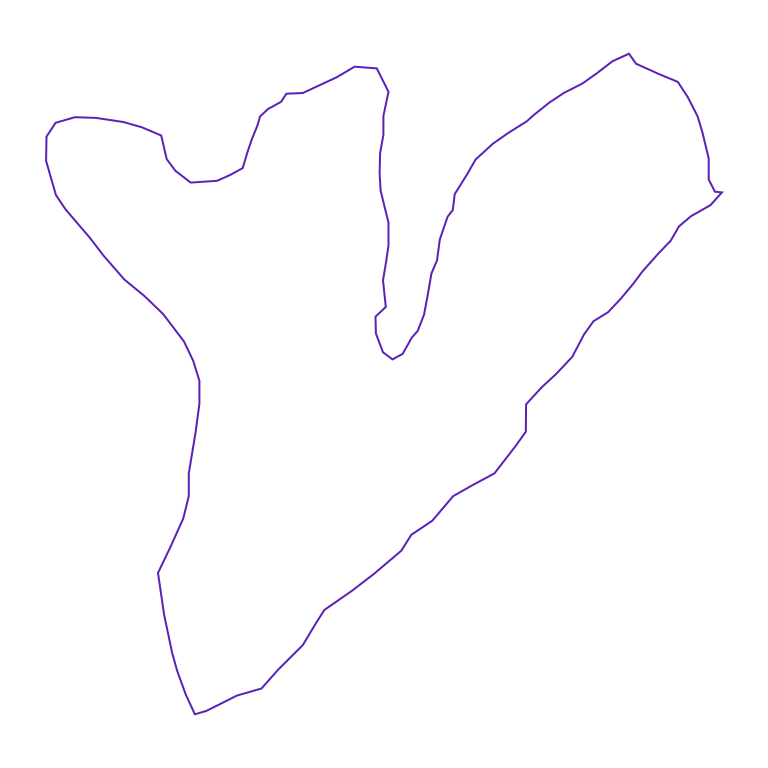 the district of Zangilan District, Zəngilan, Azerbaijan
{"feature_id": "54616110B64107713492867", "entity_name": "Zangilan District", "entity_type": "district", "adm_level": 2, "iso_a3": "AZE", "parent_name": "Azerbaijan", "parent_adm1": "Zəngilan", "projection": "robinson", "projection_center": [46.661, 39.06], "detail": "fine", "context": "isolated", "style": "outline", "palette": "violet", "viewbox_px": 768, "rotation_deg": 0, "n_neighbors": 0, "source": "geoboundaries", "source_scale": "gbopen_adm2", "svg_char_len": 1639}
<svg xmlns="http://www.w3.org/2000/svg" viewBox="0 0 768 768"><path d="M629.0,53.7L612.7,61.1L596.1,73.8L582.4,83.5L563.9,92.9L549.3,102.6L533.9,114.9L526.8,121.3L508.3,132.9L492.9,143.7L475.6,159.5L467.3,174.0L454.7,194.2L452.8,210.0L447.6,216.7L439.8,239.5L437.0,260.5L431.5,273.2L427.6,295.7L424.0,314.8L417.7,330.9L411.8,337.6L402.7,353.8L392.5,359.4L383.0,352.3L375.9,333.5L375.5,316.7L385.8,306.9L383.0,280.3L386.2,261.2L388.5,245.1L388.5,222.7L380.6,190.6L379.6,172.9L380.1,153.2L383.4,134.8L383.4,115.9L388.5,91.8L376.8,68.4L354.6,66.7L336.8,77.2L302.9,93.0L286.4,93.7L281.0,101.9L268.0,109.0L260.1,116.4L257.3,125.8L251.8,139.3L247.5,152.0L242.7,168.1L230.5,174.8L217.1,180.8L190.7,182.6L175.3,170.7L166.7,159.1L161.2,135.5L141.9,127.3L123.3,122.0L95.8,117.9L74.9,117.2L55.6,122.8L46.5,136.6L46.1,160.9L55.9,195.0L65.7,209.6L89.8,237.7L103.5,255.6L124.4,279.6L144.5,296.1L163.1,314.0L184.0,341.5L193.2,360.8L199.4,380.7L199.4,403.6L195.6,432.3L188.8,473.3L188.8,496.1L183.3,518.4L170.9,546.0L158.0,572.9L164.1,614.6L172.1,652.7L177.0,670.3L185.7,694.4L194.9,714.3L206.6,710.8L236.8,695.6L261.5,688.5L278.1,669.7L302.8,645.1L315.8,623.4L324.4,609.9L351.5,591.1L373.7,574.1L401.4,550.6L411.3,534.8L432.3,520.7L453.2,496.1L471.7,485.6L494.5,473.3L515.4,446.3L525.8,431.7L526.1,404.3L541.9,387.1L556.1,374.0L572.3,356.8L584.1,334.3L593.5,321.2L608.1,312.2L621.1,298.3L633.3,283.7L642.8,271.0L658.5,253.4L670.7,240.7L679.0,226.4L690.8,216.3L710.5,205.1L721.9,192.4L714.9,191.7L708.7,179.4L708.7,158.4L702.5,132.7L697.6,116.3L687.7,97.0L677.8,81.9L658.1,73.7L636.0,63.7L629.0,53.7Z" fill="none" stroke="#5b21b6" stroke-width="2"/></svg>